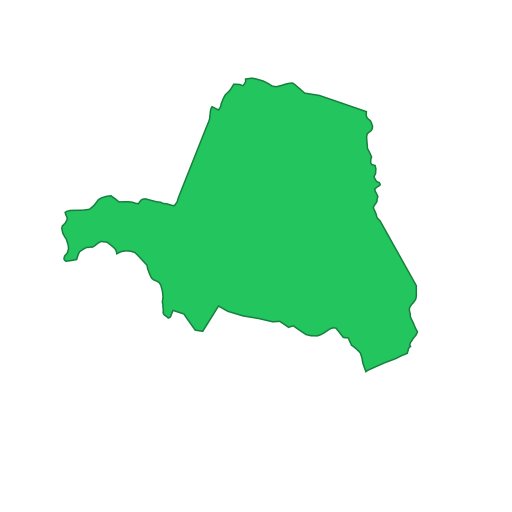 outline of Batangafo, Ouham, Central African Republic, rotated 150°
{"feature_id": "33826404B19230963390716", "entity_name": "Batangafo", "entity_type": "district", "adm_level": 2, "iso_a3": "CAF", "parent_name": "Central African Republic", "parent_adm1": "Ouham", "projection": "robinson", "projection_center": [18.084, 7.412], "detail": "fine", "context": "isolated", "style": "filled", "palette": "green", "viewbox_px": 512, "rotation_deg": 150, "n_neighbors": 0, "source": "geoboundaries", "source_scale": "gbopen_adm2", "svg_char_len": 3443}
<svg xmlns="http://www.w3.org/2000/svg" viewBox="0 0 512 512"><g transform="rotate(150 256 256)"><path d="M107.6,274.9L110.0,277.2L110.0,279.6L108.4,282.1L106.4,284.0L105.9,288.3L105.7,293.3L100.8,303.6L98.6,306.2L96.6,306.6L93.6,307.0L91.8,308.0L90.3,309.8L89.5,313.4L89.3,315.7L90.7,319.9L90.3,322.7L88.2,325.8L120.9,363.4L132.4,372.7L136.6,384.9L137.9,387.6L140.6,388.8L143.1,389.7L143.9,389.9L149.1,391.1L153.7,392.4L157.1,395.1L158.9,398.8L162.2,403.9L167.4,409.3L170.5,412.0L176.5,414.5L177.1,413.5L177.7,412.3L180.4,410.6L182.1,410.1L182.6,410.4L184.2,412.6L189.3,415.9L194.9,412.9L197.6,412.0L202.1,410.9L205.3,408.9L210.5,404.9L210.9,404.1L211.8,403.2L213.2,402.3L215.5,401.2L219.4,407.3L221.7,405.8L223.4,403.8L224.8,401.8L226.1,400.1L227.4,398.2L229.4,396.3L235.9,391.3L294.1,345.3L295.0,344.4L297.4,342.2L301.5,340.4L303.3,341.7L307.0,345.6L310.5,348.3L311.6,350.1L314.9,352.6L318.1,355.7L321.1,358.7L323.0,360.7L325.8,361.9L327.9,361.8L330.4,360.7L331.7,360.1L333.9,361.8L336.2,364.4L339.4,366.8L343.8,369.3L347.7,371.4L349.2,375.6L351.5,380.7L355.6,382.4L360.7,383.6L364.3,383.6L370.6,380.9L376.8,379.7L382.6,382.0L394.0,388.3L397.8,389.3L399.5,389.2L400.1,386.8L400.3,384.0L401.4,382.0L403.6,380.6L404.4,380.0L408.8,378.8L410.4,377.0L411.3,374.3L412.0,372.0L412.0,368.6L412.0,366.6L411.8,365.5L412.6,362.3L413.1,359.6L414.3,356.9L415.0,355.7L416.7,354.2L417.6,353.2L419.5,352.4L421.3,351.9L422.8,350.7L423.8,349.4L423.8,348.3L423.5,346.9L422.8,346.2L421.9,346.0L419.5,344.9L413.1,342.6L411.2,344.4L408.5,346.7L406.4,348.0L404.4,348.1L401.5,348.3L397.9,348.0L397.3,347.4L394.6,346.4L393.5,345.5L390.5,345.5L385.9,346.2L382.8,346.0L381.0,344.6L378.5,342.8L377.4,341.0L377.1,340.1L375.7,336.5L374.9,334.2L374.4,331.9L374.7,330.1L374.9,328.6L375.5,327.6L373.3,327.4L370.5,327.2L369.5,326.8L366.7,325.8L363.7,324.0L361.8,322.5L359.1,319.5L358.0,315.6L355.0,302.3L356.1,299.6L356.6,296.9L357.2,293.3L357.5,289.0L356.4,286.2L354.5,284.0L353.1,281.2L353.1,278.1L354.5,272.7L355.3,270.8L356.7,267.6L357.7,266.1L360.2,262.9L361.0,260.2L361.9,258.8L363.2,255.7L364.9,253.2L364.9,250.7L363.8,248.6L363.0,246.1L361.0,245.9L360.0,246.4L355.1,250.4L347.4,241.8L347.1,236.9L345.7,222.2L339.8,217.4L313.5,231.4L308.0,222.1L297.2,210.6L284.8,200.4L274.5,190.7L268.1,187.5L265.7,182.7L263.5,178.0L258.6,176.9L257.0,173.3L252.0,163.0L248.2,159.4L245.2,157.6L242.7,156.1L238.7,155.4L235.1,155.4L230.1,155.8L227.2,155.8L224.5,154.9L222.8,153.5L222.5,151.3L222.0,148.6L221.5,144.5L221.1,141.8L219.3,140.4L217.6,139.5L217.0,138.2L217.4,136.3L217.9,130.9L216.6,128.2L215.5,125.0L214.1,120.1L215.1,115.1L217.0,109.9L218.7,100.9L216.5,101.1L216.2,101.1L208.1,100.3L198.0,99.2L185.6,97.2L185.1,97.2L179.3,96.9L174.8,96.2L173.6,96.1L169.7,100.0L167.4,100.4L167.3,102.3L165.2,104.0L163.8,104.5L161.9,105.6L159.6,106.6L157.2,107.4L154.8,109.0L154.1,109.6L154.0,113.3L153.7,116.2L153.2,119.8L153.0,123.8L152.5,126.8L151.5,128.3L150.9,130.6L149.9,133.2L148.1,135.0L145.2,136.3L143.2,136.9L139.6,138.5L138.1,140.0L136.6,142.0L135.9,143.4L132.0,150.1L131.0,224.6L131.9,228.0L131.9,229.2L131.1,231.9L130.7,234.6L130.5,236.6L130.4,239.1L128.5,240.5L125.5,241.9L123.9,242.8L122.8,244.6L120.7,246.6L120.6,247.9L120.4,250.4L120.4,252.1L119.8,254.5L118.7,254.8L116.8,255.2L114.4,255.2L112.8,255.6L112.5,256.8L112.5,257.9L113.9,259.7L114.4,260.7L114.3,265.6L111.1,267.7L110.2,269.2L108.6,271.5L107.6,274.9Z" fill="#22c55e" stroke="#15803d" stroke-width="1.5"/></g></svg>